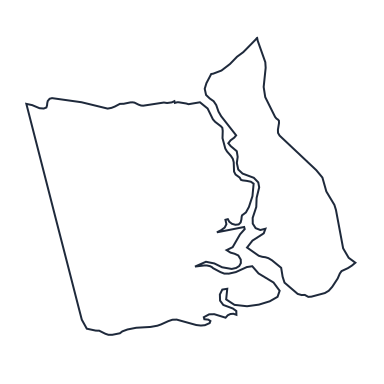 the border of Ziguinchor, rotated 255°
{"feature_id": "SEN-775", "entity_name": "Ziguinchor", "entity_type": "Region", "adm_level": 1, "iso_a3": "SEN", "parent_name": "Senegal", "parent_adm1": "", "projection": "natural_earth1", "projection_center": [-16.415, 12.748], "detail": "fine", "context": "isolated", "style": "outline", "palette": "slate", "viewbox_px": 384, "rotation_deg": 255, "n_neighbors": 0, "source": "natural_earth", "source_scale": "10m", "svg_char_len": 2893}
<svg xmlns="http://www.w3.org/2000/svg" viewBox="0 0 384 384"><g transform="rotate(255 192 192)"><path d="M97.2,52.5L109.7,52.6L157.0,53.1L200.6,53.5L264.2,54.2L301.6,54.6L320.0,54.8L317.3,60.1L312.4,66.4L311.0,70.4L311.3,73.2L313.2,74.4L315.3,75.2L317.2,76.2L318.9,78.6L318.9,81.1L307.3,108.5L294.4,132.1L294.1,136.0L294.5,139.5L295.8,145.2L294.9,148.7L294.5,155.6L294.0,157.8L293.2,159.6L290.2,163.0L288.7,165.2L288.0,167.2L285.7,188.0L284.4,191.0L283.8,195.7L284.3,198.5L282.5,198.5L282.5,201.0L282.1,202.4L279.0,209.3L277.7,211.4L276.6,222.9L268.6,228.7L256.8,231.0L253.8,232.5L247.9,237.0L246.1,237.9L243.1,237.5L236.1,235.4L225.3,235.4L222.1,236.3L216.6,239.0L213.5,240.0L210.0,240.0L200.8,237.9L197.6,238.6L193.6,241.8L191.0,242.5L190.1,244.0L188.6,247.7L186.7,251.5L184.1,253.7L172.3,249.3L162.8,243.1L158.3,238.8L156.5,234.3L155.3,233.6L152.7,232.6L150.0,231.1L148.6,228.7L149.1,225.4L150.9,222.4L153.6,220.3L156.5,219.6L156.5,217.1L152.0,216.9L149.2,214.4L147.6,210.3L146.6,205.6L144.7,233.3L142.5,233.3L138.7,227.5L128.2,217.0L126.9,210.4L123.5,213.5L121.3,217.2L118.7,220.3L114.1,221.6L110.7,220.8L108.3,218.5L107.2,215.0L107.4,210.4L111.5,201.6L117.2,195.1L121.0,187.4L119.2,175.6L117.9,184.7L117.2,187.3L115.7,190.2L114.4,191.7L113.0,192.6L107.3,198.7L104.8,202.1L103.6,206.5L103.3,213.6L105.3,225.5L104.7,231.0L96.1,235.2L83.5,247.3L73.9,251.1L68.6,247.5L66.3,238.8L65.9,227.5L67.4,215.6L72.0,203.8L79.4,197.2L89.4,201.0L89.9,196.0L85.8,192.4L79.8,191.0L74.8,193.0L68.9,201.3L65.6,204.0L61.9,203.1L63.7,200.4L64.2,197.5L63.7,194.7L61.9,191.9L68.2,181.9L69.4,176.9L68.0,171.0L65.9,171.0L64.5,174.7L62.6,176.4L60.8,175.1L60.0,170.0L60.7,166.0L62.4,161.7L72.7,144.2L73.7,140.0L73.4,135.7L72.1,127.8L71.8,124.0L72.4,117.0L75.3,103.0L75.9,94.1L75.4,88.6L74.2,85.8L74.7,78.1L75.7,74.3L77.5,71.6L82.1,66.4L83.0,63.2L87.2,55.0L97.2,52.5ZM298.4,296.4L292.9,295.3L274.9,288.4L264.7,287.3L243.0,291.7L241.0,292.6L239.8,293.7L238.4,294.4L236.1,293.9L229.9,291.1L226.8,290.4L223.8,291.2L203.9,303.5L180.9,317.7L172.2,321.7L157.7,321.9L142.7,326.2L137.4,326.4L98.5,323.4L87.9,326.3L81.4,331.5L79.5,327.3L78.1,322.9L76.9,316.0L75.0,313.7L70.7,310.3L64.1,302.9L61.2,298.5L60.0,294.2L60.0,280.3L60.6,277.2L63.4,274.3L64.1,271.2L66.2,267.7L80.5,257.9L86.7,257.6L95.7,258.5L105.3,251.6L108.3,248.7L110.0,246.0L111.2,243.1L113.1,240.0L124.1,230.8L129.4,237.8L133.5,250.6L137.5,253.4L137.6,248.2L140.6,244.1L145.7,242.5L151.3,243.9L160.9,250.2L169.6,252.9L179.1,258.1L184.1,258.5L189.7,255.4L196.7,245.6L201.7,242.5L208.4,242.8L214.1,245.2L219.8,245.8L226.4,241.2L229.7,239.7L231.9,242.6L233.6,246.9L235.3,249.3L257.6,239.8L262.8,238.4L269.7,237.9L274.1,236.4L277.8,233.3L282.1,230.7L288.4,231.0L293.4,234.1L301.0,241.1L300.8,243.1L301.7,251.9L305.8,261.8L311.0,270.5L313.8,277.7L322.7,292.8L324.0,294.7L324.0,294.8L321.2,294.6L298.4,296.4Z" fill="none" stroke="#1e293b" stroke-width="2"/></g></svg>